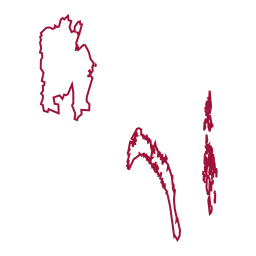 Arkhangel'sk, Natural Earth projection, rotated 91°
{"feature_id": "RUS-2354", "entity_name": "Arkhangel'sk", "entity_type": "Region", "adm_level": 1, "iso_a3": "RUS", "parent_name": "Russia", "parent_adm1": "", "projection": "natural_earth1", "projection_center": [52.194, 71.252], "detail": "fine", "context": "isolated", "style": "outline", "palette": "rose", "viewbox_px": 256, "rotation_deg": 91, "n_neighbors": 0, "source": "natural_earth", "source_scale": "10m", "svg_char_len": 5821}
<svg xmlns="http://www.w3.org/2000/svg" viewBox="0 0 256 256"><g transform="rotate(91 128 128)"><path d="M22.0,186.6L28.3,188.2L33.1,186.0L32.0,184.1L32.5,183.0L27.7,183.1L22.9,179.8L22.3,177.9L24.9,177.6L25.2,175.9L35.9,178.6L33.6,179.2L33.4,180.4L36.3,178.9L44.0,181.3L46.6,180.8L45.6,180.9L46.1,180.1L48.4,181.2L50.7,181.4L50.1,179.6L50.9,179.2L45.8,174.0L46.0,172.2L53.0,168.4L59.7,166.6L63.8,163.4L66.9,164.2L66.1,164.7L71.4,164.3L74.0,166.0L71.1,167.3L71.5,167.8L72.6,168.4L71.7,167.5L75.0,166.5L77.2,169.4L76.7,166.3L78.3,164.4L98.0,169.8L102.0,169.8L105.0,167.0L111.0,167.1L110.7,175.0L115.0,174.6L118.2,178.2L121.0,179.1L119.9,181.6L114.8,180.9L106.4,184.3L104.3,183.1L93.7,183.3L85.2,184.7L95.0,188.6L96.3,190.4L95.7,192.4L100.0,194.1L96.6,197.0L98.8,203.0L105.1,201.8L105.7,198.0L114.6,197.6L110.5,207.7L113.4,208.6L112.3,212.4L106.4,213.7L105.7,215.5L99.6,213.6L96.9,213.7L95.0,215.5L91.9,213.5L87.3,214.0L86.7,212.6L83.7,212.2L82.5,215.0L74.1,213.4L70.0,216.3L61.8,216.3L58.5,214.9L54.6,215.4L54.1,217.4L49.9,216.2L44.0,217.4L41.8,216.5L38.4,217.4L36.9,215.9L34.6,216.8L29.2,211.4L28.8,208.1L30.3,205.1L29.1,202.9L26.9,202.8L28.3,200.6L27.8,198.8L20.8,197.1L19.2,195.2L20.5,193.6L16.9,190.0L21.3,189.3L22.0,186.6ZM164.0,92.9L156.5,92.0L161.9,90.8L155.8,89.7L158.0,88.6L160.9,89.8L164.1,87.1L168.6,87.7L167.0,86.3L175.9,83.3L184.9,82.2L182.9,81.8L184.3,81.4L187.9,81.3L185.6,82.2L187.3,82.2L189.8,81.3L188.3,81.0L189.3,80.0L198.4,80.8L208.3,79.8L216.9,77.7L220.2,78.0L218.5,76.8L229.7,74.2L235.2,74.6L239.1,76.6L234.2,79.7L234.9,80.0L205.4,84.6L193.8,87.3L192.5,88.6L191.2,87.7L187.8,90.2L182.7,90.3L187.6,91.0L184.5,91.6L185.7,92.1L185.1,92.4L180.1,92.0L182.5,93.0L181.8,93.8L177.5,92.5L178.8,93.3L177.5,93.3L178.4,93.6L178.0,95.0L171.7,93.8L174.7,95.1L175.4,96.7L172.6,96.8L174.1,97.4L171.8,97.4L171.6,98.8L167.7,97.1L165.9,98.0L170.2,99.3L169.6,99.5L170.5,100.3L169.2,100.9L166.9,99.9L161.4,99.6L166.6,100.1L168.4,101.4L166.7,102.4L162.7,101.3L166.1,103.2L162.9,104.0L162.8,105.0L158.8,104.6L157.4,103.2L157.5,104.4L150.8,103.2L146.6,104.3L145.2,103.9L148.4,101.9L153.7,101.0L146.7,102.0L142.5,100.6L150.1,98.9L148.7,98.5L151.4,97.2L156.9,97.8L151.8,96.4L156.1,96.2L152.8,95.5L153.8,95.0L159.5,94.6L155.5,94.3L154.6,93.2L164.0,92.9ZM128.0,117.1L129.3,114.7L134.3,114.8L135.1,114.1L134.6,113.0L137.6,112.5L136.4,111.4L139.1,110.4L136.9,110.1L139.9,110.0L134.4,109.3L140.9,107.9L139.4,107.3L140.9,106.9L139.2,106.2L140.5,105.2L146.2,104.7L151.0,103.4L160.8,105.1L161.8,105.9L156.8,106.5L161.1,106.6L160.5,107.0L155.6,107.3L159.7,107.2L159.5,108.5L154.7,108.6L157.8,109.8L155.6,109.6L156.3,110.1L155.7,110.9L153.4,110.5L155.1,111.5L152.4,111.7L154.7,111.8L154.1,112.9L155.5,113.8L153.2,116.1L155.1,116.3L159.2,121.8L169.6,126.4L168.2,126.3L168.9,126.6L168.4,127.4L163.6,126.6L167.3,127.8L160.0,126.6L163.0,127.6L162.1,128.0L154.6,126.2L155.1,127.0L153.0,127.9L148.7,125.5L150.4,127.1L142.2,125.7L140.6,125.2L143.3,125.4L141.9,123.2L146.8,123.0L141.5,121.8L144.8,120.1L141.3,121.4L140.2,120.1L141.5,119.4L137.7,120.7L135.9,120.0L135.5,118.6L134.6,120.0L133.7,119.0L132.8,119.4L133.7,120.0L130.8,120.1L128.8,119.2L128.0,117.1ZM130.1,46.2L125.7,47.6L118.0,48.0L118.9,48.5L113.0,48.6L111.7,49.3L114.6,50.1L111.1,49.9L110.1,50.8L105.6,50.9L108.4,49.9L102.4,50.2L99.6,49.3L108.7,49.1L105.7,48.5L109.4,48.4L104.2,48.2L115.1,47.7L118.1,46.3L113.8,46.2L121.5,44.8L122.7,44.9L120.0,45.2L125.2,44.9L126.3,45.3L121.5,46.1L130.1,46.2ZM193.2,45.6L192.7,47.0L186.4,48.5L177.9,48.3L175.5,47.6L176.2,47.3L175.3,46.7L178.0,45.4L193.2,45.6ZM194.8,45.5L203.8,44.4L205.1,43.1L207.6,42.9L210.8,43.3L212.4,44.7L198.7,46.5L194.8,45.5ZM104.6,47.2L96.4,48.3L96.3,47.3L89.2,47.0L105.3,45.3L112.6,46.7L106.6,45.9L103.9,46.7L104.6,47.2ZM165.4,50.5L161.7,48.0L175.8,49.1L170.5,49.1L168.6,49.5L170.7,50.2L165.4,50.5ZM152.2,44.5L146.4,44.2L147.9,43.4L156.0,44.0L166.2,45.7L162.3,46.5L159.9,45.6L152.2,44.5ZM154.4,50.7L156.9,48.9L162.2,48.8L163.1,50.0L161.9,51.0L154.4,50.7ZM153.7,42.9L152.4,42.3L159.0,42.5L157.7,41.6L160.1,41.5L167.1,42.2L153.7,42.9ZM143.3,49.5L133.1,49.4L138.9,48.5L143.3,49.5ZM179.9,44.3L183.3,43.6L189.8,43.6L185.7,44.8L179.9,44.3ZM163.9,45.0L161.2,44.2L156.4,43.7L169.5,44.8L163.9,45.0ZM171.0,41.4L160.1,41.1L166.3,40.4L171.0,41.4ZM155.9,45.7L149.2,46.3L143.9,45.6L155.9,45.7ZM140.1,122.2L138.6,124.3L133.3,121.4L136.8,120.6L140.1,122.2ZM175.9,38.7L166.8,39.4L168.3,38.6L175.9,38.7ZM158.0,46.9L152.6,46.3L161.6,46.4L158.0,46.9ZM179.9,51.5L172.9,51.3L177.5,50.6L179.9,51.5ZM199.9,40.2L191.7,39.6L201.8,39.7L199.9,40.2ZM171.2,46.0L166.8,45.6L174.0,45.5L171.2,46.0ZM126.0,50.7L129.0,51.9L120.2,51.6L126.0,50.7ZM171.7,44.0L170.0,44.7L166.8,44.0L168.2,43.5L171.7,44.0ZM122.0,50.1L119.2,50.9L117.1,50.3L122.0,50.1ZM142.8,48.0L143.9,47.6L143.3,47.0L146.8,48.0L142.8,48.0ZM173.9,42.3L170.4,42.0L175.9,42.0L173.9,42.3ZM161.7,43.1L167.0,42.6L168.2,42.8L161.7,43.1ZM122.9,43.8L122.2,43.7L125.9,43.5L122.3,44.1L122.9,43.8ZM50.2,180.7L48.5,181.1L47.5,180.4L45.9,180.1L48.5,179.8L49.3,180.5L50.2,180.7ZM153.1,49.1L151.5,49.8L149.7,49.6L151.8,49.0L153.1,49.1ZM147.8,48.0L148.7,48.6L146.4,48.6L147.8,48.0ZM146.5,49.4L145.1,50.1L144.7,49.5L145.2,49.2L146.5,49.4ZM50.0,180.4L47.5,179.4L49.6,179.3L50.0,180.4ZM182.9,42.4L182.2,42.6L178.6,42.3L179.7,42.1L182.9,42.4ZM149.9,48.2L147.8,47.8L150.5,47.9L149.9,48.2ZM172.0,51.6L173.6,52.2L169.8,51.9L172.0,51.6ZM189.1,40.1L192.0,40.2L192.4,40.4L189.1,40.1ZM66.0,161.2L67.1,162.2L65.5,161.4L66.0,161.2ZM174.2,42.8L178.2,43.1L173.6,42.9L174.2,42.8ZM170.4,40.3L169.2,40.2L171.7,40.0L170.4,40.3ZM174.7,82.9L178.0,82.5L174.4,83.1L174.7,82.9ZM164.3,127.4L166.8,128.1L165.8,128.3L164.3,127.4ZM150.0,48.4L151.5,48.3L151.7,48.5L150.8,48.7L150.0,48.4ZM180.6,50.1L181.5,50.4L179.6,50.2L180.6,50.1ZM140.1,121.0L141.2,121.6L139.6,121.0L140.1,121.0Z" fill="none" stroke="#9f1239" stroke-width="2"/></g></svg>